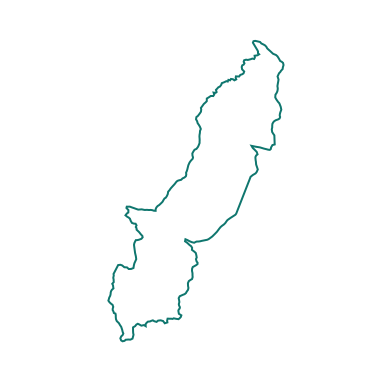 Crixás do Tocantins, Tocantins, Brazil (Robinson projection), rotated 298°
{"feature_id": "56859067B45342107089444", "entity_name": "Crixás do Tocantins", "entity_type": "district", "adm_level": 2, "iso_a3": "BRA", "parent_name": "Brazil", "parent_adm1": "Tocantins", "projection": "robinson", "projection_center": [-49.079, -11.157], "detail": "fine", "context": "isolated", "style": "outline", "palette": "teal", "viewbox_px": 384, "rotation_deg": 298, "n_neighbors": 0, "source": "geoboundaries", "source_scale": "gbopen_adm2", "svg_char_len": 5053}
<svg xmlns="http://www.w3.org/2000/svg" viewBox="0 0 384 384"><g transform="rotate(298 192 192)"><path d="M353.1,195.0L353.6,192.9L354.1,191.0L355.0,189.7L355.7,187.9L355.8,186.1L355.7,183.5L356.4,181.7L355.7,178.9L355.1,176.8L354.0,175.5L352.4,175.7L351.2,177.7L349.1,181.2L348.1,182.9L347.1,184.3L345.5,185.1L345.1,186.6L343.5,185.7L341.7,183.3L340.2,184.4L338.6,184.4L338.1,182.6L337.0,181.7L334.8,179.3L334.2,177.6L332.8,176.2L331.2,176.5L330.3,177.9L328.7,177.8L327.4,176.9L325.7,177.2L323.8,178.7L322.9,181.5L320.9,181.8L319.6,181.1L318.1,179.7L316.1,179.4L314.7,176.5L313.2,177.0L312.2,178.2L310.5,177.0L310.8,175.2L310.1,173.3L308.5,173.2L308.1,171.5L306.3,171.7L306.0,170.3L303.9,168.8L302.1,167.2L300.5,167.5L298.3,167.2L296.8,166.1L295.1,165.7L293.4,165.2L291.8,166.8L290.6,166.3L289.9,164.4L288.5,165.9L286.7,165.7L285.6,163.5L283.5,162.4L281.5,161.2L279.1,162.4L277.4,161.9L275.3,161.1L273.7,160.9L272.2,160.7L270.4,160.4L269.2,161.4L267.1,162.2L265.0,162.0L262.0,161.5L260.2,160.7L258.1,161.4L256.9,163.3L255.4,164.7L254.5,166.5L253.4,168.3L251.8,170.2L249.7,170.4L247.7,171.3L246.1,171.8L244.5,172.5L242.6,173.7L241.4,174.4L240.1,175.0L238.8,175.7L236.3,176.0L234.7,176.1L232.2,175.7L230.5,174.4L228.4,174.2L226.2,174.2L224.4,175.3L223.1,176.6L221.7,177.0L219.1,176.3L216.9,176.0L213.9,176.2L209.6,177.3L207.9,177.6L206.3,177.7L204.6,178.8L203.0,179.2L201.2,178.5L199.6,177.3L197.7,176.7L195.6,174.4L194.3,173.6L193.0,173.3L191.1,173.0L186.0,171.7L184.4,171.4L183.1,171.3L181.1,170.8L178.7,171.6L176.4,171.7L174.6,171.5L173.5,170.8L171.8,170.6L169.7,170.6L168.2,170.2L165.2,169.2L163.4,168.2L161.5,167.8L159.7,168.0L158.3,168.7L157.6,167.2L157.3,165.4L156.8,164.0L155.8,162.3L155.1,160.6L153.9,158.6L153.1,155.8L151.2,152.8L150.9,151.0L150.5,148.2L150.2,146.4L149.9,144.1L148.4,141.3L147.1,141.6L146.2,144.3L144.0,145.4L142.5,144.6L140.2,144.2L139.7,146.5L139.7,148.0L139.3,149.7L137.7,151.5L136.5,153.5L136.8,155.5L137.5,157.1L136.5,158.7L134.7,158.8L134.0,160.0L132.7,160.8L132.1,162.9L131.7,164.3L130.7,166.5L129.9,168.8L128.8,169.7L126.9,169.3L125.0,167.6L124.0,166.5L123.1,165.0L121.7,165.0L119.8,165.1L118.1,165.6L116.4,166.8L114.6,168.1L111.4,170.4L108.9,172.6L106.5,174.3L103.9,174.5L102.0,174.6L99.7,175.2L97.4,176.0L95.5,174.4L94.3,172.3L94.9,170.0L93.8,167.6L94.4,164.8L94.1,162.9L92.8,161.1L84.3,161.2L82.8,161.2L81.6,162.1L79.2,162.8L78.2,163.7L75.7,165.2L73.5,164.7L72.5,166.1L71.3,166.9L70.0,167.9L68.1,167.2L66.6,167.1L65.1,167.4L63.8,168.0L62.0,168.5L60.0,168.5L56.8,169.2L55.9,171.0L55.3,173.2L55.1,174.8L53.6,176.4L51.7,176.8L50.5,177.4L49.6,178.8L48.5,179.8L48.7,181.5L47.5,182.5L45.8,183.4L44.0,184.6L42.7,186.2L41.9,189.0L40.7,190.9L39.7,192.8L37.6,195.0L35.9,196.5L34.8,197.8L32.9,197.9L31.4,197.3L29.2,197.4L27.7,199.1L27.6,200.8L28.9,202.3L30.4,202.8L31.7,204.8L32.8,207.0L34.6,208.3L38.5,207.4L39.8,206.3L41.1,205.5L42.7,204.6L44.8,203.5L46.9,204.8L48.8,205.1L50.2,206.0L50.3,207.6L50.2,210.0L51.9,212.0L51.8,214.1L53.4,213.1L55.1,213.3L56.8,213.9L58.0,215.7L59.1,216.5L60.3,217.7L60.2,219.4L60.7,221.7L62.5,222.4L64.0,224.6L64.5,227.1L63.3,229.6L65.3,231.5L66.8,230.4L68.7,229.9L69.5,231.5L70.3,233.0L70.8,234.4L71.9,235.2L72.5,237.3L73.4,239.8L74.6,240.3L76.4,240.8L78.1,240.5L78.3,237.6L80.7,235.7L82.0,235.5L83.3,235.8L84.6,235.4L85.7,233.9L86.8,233.0L88.9,232.5L90.4,231.4L92.0,230.1L94.2,230.1L96.8,232.1L98.3,233.4L99.9,234.1L101.3,234.1L103.8,234.4L105.6,233.9L107.2,232.6L109.6,231.2L111.8,231.0L113.2,231.7L115.2,232.9L117.2,232.5L118.6,231.6L120.6,230.5L122.4,229.0L124.3,228.1L126.1,227.9L128.1,229.2L129.5,230.1L131.0,230.7L132.2,230.1L132.8,228.7L134.6,227.0L136.4,226.9L138.1,225.6L139.9,224.0L140.4,222.2L140.9,219.1L142.8,218.3L143.7,216.8L144.1,214.5L144.9,211.6L145.2,209.0L147.2,208.4L147.4,210.6L147.4,212.8L147.6,215.3L148.2,217.7L150.3,219.2L151.3,220.9L152.2,222.2L153.3,223.4L154.2,224.5L157.0,227.9L158.2,228.8L160.8,230.1L162.3,230.8L165.8,231.9L168.6,232.7L172.5,233.3L174.5,233.7L176.3,234.4L178.3,235.4L180.3,236.0L182.3,236.2L183.9,236.5L187.1,238.1L190.5,240.0L192.3,241.0L193.7,241.2L227.1,237.3L229.0,237.1L232.9,236.6L235.5,237.7L238.3,239.4L240.1,239.7L242.8,239.5L246.4,235.7L248.6,234.3L249.9,233.3L251.4,232.3L252.6,231.6L254.4,231.5L256.0,232.2L257.8,230.3L258.8,227.2L259.4,225.0L260.7,222.9L261.9,227.0L263.3,231.1L264.1,235.2L264.7,237.5L265.1,239.3L265.7,240.9L267.0,241.4L268.5,240.9L271.2,241.0L272.8,242.7L277.6,239.9L280.7,238.1L281.5,236.5L282.6,234.6L284.8,233.0L286.7,232.5L288.2,231.7L289.9,231.0L291.3,231.0L292.7,231.2L294.5,232.1L296.7,234.1L298.0,234.8L299.6,234.6L300.6,233.6L302.0,233.0L303.7,232.6L306.6,232.2L308.9,230.3L311.3,227.5L312.0,225.6L313.4,222.9L314.6,221.1L317.1,220.0L319.1,220.2L320.9,220.1L322.6,219.6L323.9,219.0L325.6,217.7L327.7,217.0L330.2,216.2L331.9,215.6L333.0,214.5L334.2,213.3L336.0,213.2L337.7,213.1L339.4,213.6L340.9,213.7L343.1,214.3L344.7,213.7L347.1,213.2L348.7,211.8L349.1,210.2L349.1,208.3L350.2,206.7L351.1,205.2L351.9,203.8L352.4,201.9L352.1,198.7L353.1,195.0Z" fill="none" stroke="#0f766e" stroke-width="2"/></g></svg>